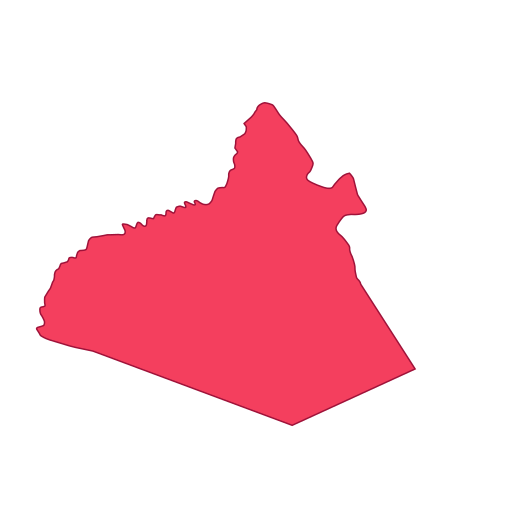 the district of San Vicente Centenario, Santa Bárbara, Honduras, rotated 289°
{"feature_id": "27666195B10024798844704", "entity_name": "San Vicente Centenario", "entity_type": "district", "adm_level": 2, "iso_a3": "HND", "parent_name": "Honduras", "parent_adm1": "Santa Bárbara", "projection": "equal_earth", "projection_center": [-88.287, 14.884], "detail": "fine", "context": "isolated", "style": "filled", "palette": "rose", "viewbox_px": 512, "rotation_deg": 289, "n_neighbors": 0, "source": "geoboundaries", "source_scale": "gbopen_adm2", "svg_char_len": 6066}
<svg xmlns="http://www.w3.org/2000/svg" viewBox="0 0 512 512"><g transform="rotate(289 256 256)"><path d="M155.0,71.1L148.5,69.7L148.1,69.7L146.2,70.2L142.9,71.4L140.8,72.6L140.1,72.7L139.9,72.6L139.2,71.9L138.7,71.2L138.0,70.0L137.7,69.5L137.2,69.1L136.8,68.9L136.4,68.8L135.7,68.9L135.2,69.0L133.0,69.9L131.6,70.8L130.8,71.5L129.4,73.3L128.3,74.5L127.0,75.8L125.8,76.9L125.0,77.4L124.3,77.7L123.6,77.9L122.8,78.0L121.6,78.0L121.0,77.7L119.7,76.1L117.9,73.5L117.3,72.7L116.9,72.4L116.5,72.2L116.2,72.2L115.9,72.2L115.4,72.5L112.2,76.5L111.2,77.5L110.9,77.9L110.7,78.2L110.4,79.2L109.9,81.8L109.6,84.4L109.5,88.6L110.3,108.9L110.8,115.0L112.1,125.4L113.0,132.6L107.7,345.3L201.0,443.2L263.4,364.2L264.7,363.3L265.2,362.8L265.7,362.2L266.4,361.2L267.3,359.4L268.0,358.4L268.6,357.9L269.2,357.5L273.4,355.0L275.2,354.1L278.3,352.9L280.4,351.7L283.6,349.5L285.4,348.1L286.7,347.1L288.7,345.1L290.6,343.6L291.6,343.0L292.2,342.6L294.4,341.8L295.1,341.4L295.8,340.8L296.4,340.2L296.9,339.5L298.3,337.5L300.5,334.2L301.3,332.8L302.2,331.2L302.9,329.6L303.7,327.5L304.3,326.3L304.9,325.4L305.5,324.5L306.1,323.9L306.6,323.5L307.8,322.8L308.8,322.5L310.0,322.4L311.5,322.6L315.6,323.6L318.5,324.5L321.2,325.5L322.5,326.3L323.2,326.9L323.7,327.5L324.5,328.7L325.3,330.3L326.3,332.4L327.4,336.0L328.3,338.2L329.3,340.3L330.4,342.2L331.4,343.6L332.2,344.4L332.6,344.7L333.6,345.2L334.7,345.4L335.6,345.2L336.3,344.8L337.4,343.8L338.4,342.8L339.5,341.4L343.1,336.8L345.3,334.1L346.4,332.7L347.1,332.0L348.1,331.3L353.7,327.6L360.8,323.0L361.7,322.1L363.0,320.3L363.9,318.9L364.7,317.4L363.9,316.2L363.2,315.1L362.2,314.0L361.2,313.0L360.1,312.1L359.2,311.6L356.5,310.0L355.2,309.4L349.4,307.0L346.6,306.2L345.6,305.8L345.2,305.5L344.8,305.0L344.5,304.6L344.1,303.9L343.6,302.5L343.2,301.0L342.9,298.0L342.9,295.3L343.0,290.7L343.4,285.9L343.8,283.0L344.1,281.8L344.4,280.7L344.6,280.1L345.0,279.5L345.3,279.1L345.8,278.7L346.8,278.1L347.3,278.0L348.2,277.9L349.3,277.9L350.7,278.2L351.6,278.6L353.1,279.4L354.6,279.8L356.9,280.0L358.5,280.1L360.3,280.1L361.8,279.9L362.7,279.5L363.6,278.8L366.3,275.9L370.0,271.4L372.3,268.4L373.7,266.3L375.8,262.5L376.7,261.1L377.6,259.9L378.4,259.0L379.3,258.2L380.1,257.7L381.5,256.8L382.5,256.0L383.4,255.0L385.1,252.6L387.2,249.4L391.6,242.3L393.6,238.7L395.8,234.5L397.2,232.2L398.3,230.7L401.4,226.8L402.6,225.2L403.7,223.6L404.2,222.5L404.3,221.7L404.3,219.5L404.2,217.4L403.9,215.3L403.7,214.3L403.3,213.6L402.6,212.6L401.5,211.5L400.2,210.4L399.3,209.8L398.7,209.5L397.9,209.2L396.7,208.9L395.7,208.9L394.7,209.1L394.2,209.0L392.0,208.2L389.3,207.7L387.7,207.1L386.4,206.6L385.2,206.0L379.9,203.0L377.4,201.6L377.1,201.9L376.5,202.8L375.4,204.3L375.2,204.6L374.9,204.8L373.5,205.3L371.7,205.8L370.4,205.9L369.1,205.8L368.0,205.6L367.6,205.4L363.8,202.5L363.1,201.8L362.3,200.5L361.5,199.8L361.0,199.5L360.3,199.2L359.7,199.2L358.9,199.3L357.7,199.5L355.6,200.2L353.0,200.6L351.3,200.9L351.0,201.2L350.6,201.8L348.8,204.3L348.6,204.6L348.3,204.7L347.4,204.8L346.8,204.6L346.1,204.3L344.9,203.5L343.4,203.0L342.4,202.8L341.3,202.8L339.9,203.2L338.3,203.9L337.5,204.4L335.7,205.9L334.4,206.6L333.4,207.0L332.7,207.1L332.2,207.1L331.7,207.0L331.1,206.5L330.3,205.7L329.4,204.6L328.9,204.1L327.9,203.6L326.9,203.4L326.0,203.4L325.2,203.4L324.3,203.6L322.3,204.3L320.5,204.6L318.1,204.8L314.8,204.9L313.0,204.7L311.6,204.5L310.9,204.2L310.6,203.9L310.3,203.6L310.1,203.1L309.8,201.9L308.8,199.7L308.0,198.3L307.5,197.7L306.1,197.0L304.1,196.3L303.4,196.2L299.4,196.2L295.2,196.3L294.1,196.3L292.7,195.9L290.8,195.1L290.2,194.8L289.6,194.2L289.2,193.7L288.8,193.1L288.5,192.5L288.2,191.8L287.8,189.9L287.7,188.6L288.0,186.7L288.2,185.4L288.8,183.8L289.0,182.7L289.0,182.0L289.0,181.6L288.7,180.7L288.4,180.3L288.1,180.0L287.7,179.9L287.2,180.0L286.9,180.2L286.3,180.9L285.6,181.5L285.3,181.7L284.9,181.8L284.7,181.7L284.4,181.5L284.3,181.2L284.1,180.9L284.0,180.2L284.2,177.1L284.6,173.1L284.5,172.1L284.1,171.4L283.9,171.2L283.6,171.0L283.2,171.0L282.9,171.1L282.0,171.8L281.0,172.8L280.5,173.2L279.7,173.6L279.4,173.7L279.2,173.7L278.9,173.5L278.8,173.2L278.5,172.3L278.5,168.5L278.4,168.0L278.1,167.3L277.5,166.4L276.8,165.5L276.3,164.9L275.9,164.8L274.9,164.7L273.3,164.7L271.5,164.8L270.5,164.6L269.9,164.3L269.8,164.1L269.7,163.8L269.8,163.0L270.6,158.8L270.6,158.2L270.4,157.6L270.2,157.2L269.8,156.9L269.0,156.6L268.2,156.7L266.4,157.2L265.5,157.3L264.8,157.2L264.4,156.9L264.1,156.4L264.0,155.5L263.9,154.3L264.0,153.2L264.0,152.9L263.4,151.1L263.0,149.2L262.8,148.5L262.3,147.8L261.7,147.5L259.8,147.1L258.4,147.0L257.9,146.8L257.8,146.4L257.6,145.5L257.4,143.5L257.2,142.6L257.0,141.8L256.6,141.4L256.3,141.2L255.8,141.0L254.6,141.1L253.8,141.2L253.0,141.6L252.2,141.7L250.9,142.1L249.9,142.2L249.2,142.2L248.7,142.0L248.4,141.9L248.2,141.6L247.9,141.2L247.8,140.8L247.8,140.2L247.8,139.7L248.0,139.0L248.2,138.4L249.0,136.9L249.4,136.0L249.6,134.7L249.5,133.7L249.3,133.4L248.6,133.1L247.5,132.9L244.6,132.9L243.7,132.8L243.2,132.6L243.0,132.2L242.8,131.5L242.8,130.4L243.2,128.6L243.5,126.6L243.7,125.2L243.8,123.9L243.7,123.3L243.3,121.1L243.1,120.2L242.9,119.7L242.7,119.5L242.4,119.5L242.1,119.5L241.9,119.7L241.0,120.5L239.6,121.8L238.1,123.3L237.4,123.9L236.9,124.2L235.7,124.6L234.7,124.7L233.9,124.4L233.6,124.2L233.2,123.8L232.7,123.1L232.2,121.8L231.5,118.9L228.7,111.6L227.9,109.3L227.5,108.3L225.5,104.9L222.4,99.3L220.8,95.7L220.3,94.8L219.9,94.4L219.3,94.0L218.2,93.4L216.8,92.9L215.9,92.7L209.0,93.4L207.5,93.4L206.8,93.2L206.2,92.6L205.5,91.6L204.5,89.4L203.8,87.7L202.8,86.9L201.9,86.4L201.2,86.2L198.2,86.2L196.2,86.5L195.8,86.4L195.6,86.3L195.3,85.8L195.1,85.2L195.0,84.6L195.0,83.4L194.7,82.2L194.2,81.1L193.7,80.3L193.3,80.0L193.0,79.9L191.4,80.0L190.0,79.8L189.1,79.5L186.8,76.4L185.8,74.7L185.5,74.3L185.0,74.1L184.2,73.9L182.5,73.9L181.2,73.8L179.7,73.6L179.3,73.3L178.4,72.4L177.9,72.1L176.9,71.6L175.8,71.3L174.8,71.3L173.8,71.4L172.9,71.5L170.7,72.2L169.6,72.4L168.2,72.6L167.2,72.7L164.9,72.2L161.8,72.2L158.5,72.1L157.4,71.8L155.0,71.1Z" fill="#f43f5e" stroke="#9f1239" stroke-width="1.5"/></g></svg>